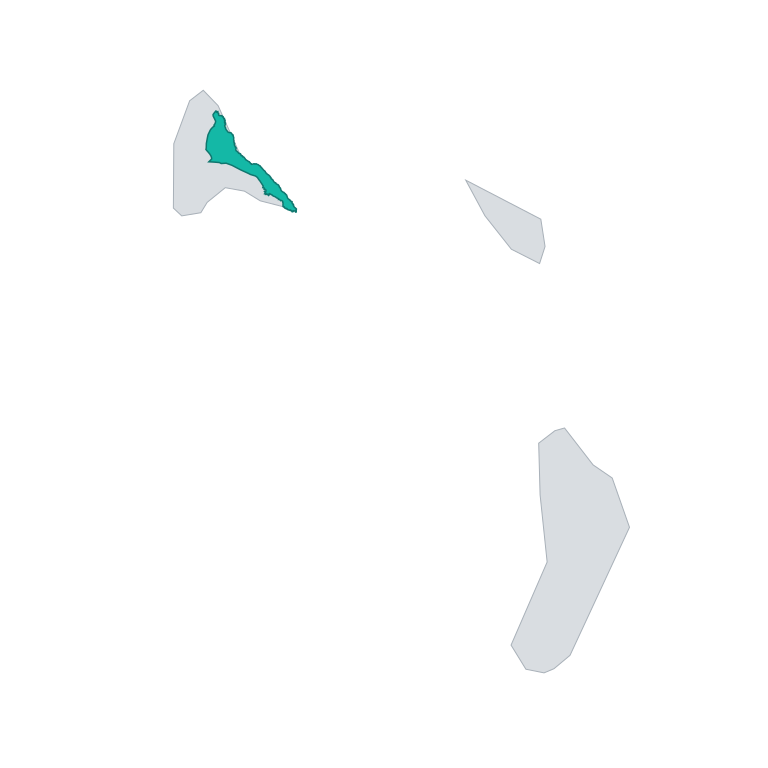 Sima, Andjouân, Comoros (highlighted), rotated 200°
{"feature_id": "10938185B89113061759376", "entity_name": "Sima", "entity_type": "district", "adm_level": 2, "iso_a3": "COM", "parent_name": "Comoros", "parent_adm1": "Andjouân", "projection": "albers", "projection_center": [44.321, -12.244], "detail": "fine", "context": "in_parent", "style": "filled", "palette": "teal", "viewbox_px": 768, "rotation_deg": 200, "n_neighbors": 0, "source": "geoboundaries", "source_scale": "gbopen_adm2", "svg_char_len": 6079}
<svg xmlns="http://www.w3.org/2000/svg" viewBox="0 0 768 768"><g transform="rotate(200 384 384)"><path d="M207.4,398.6L199.3,404.4L159.9,379.5L137.4,373.7L104.3,333.3L116.4,192.7L126.9,174.6L134.8,167.3L153.1,164.5L175.3,182.1L169.8,272.5L199.4,333.2L218.4,381.3L207.4,398.6ZM642.1,477.3L663.7,537.9L663.5,583.7L654.3,598.2L635.1,588.8L599.6,552.3L532.0,516.8L563.0,513.8L581.1,517.5L600.3,514.2L612.3,494.2L614.7,482.3L631.6,472.8L642.1,477.3ZM346.7,576.6L376.9,603.5L293.0,592.5L279.7,568.3L279.0,550.4L310.4,554.2L346.7,576.6Z" fill="#d9dde1" stroke="#a8b0b8" stroke-width="1"/><path d="M631.6,543.6L630.8,543.0L628.4,541.7L626.2,540.4L624.4,538.9L623.6,537.9L622.9,536.5L624.6,532.9L618.9,534.6L614.4,535.8L612.4,535.5L607.9,537.5L601.6,537.5L592.0,536.2L583.3,535.5L581.3,535.2L575.9,535.5L573.6,534.8L571.2,533.0L570.5,532.7L565.2,528.7L565.1,527.2L564.8,527.3L564.6,527.3L564.5,527.1L563.7,527.2L563.6,526.9L563.4,526.9L563.2,526.7L563.2,525.8L562.8,525.7L562.7,526.0L562.5,526.3L562.4,526.3L562.0,526.1L561.6,526.1L561.1,525.5L560.9,525.0L561.0,524.7L560.9,524.5L560.9,524.2L561.0,524.0L561.3,524.0L561.5,524.1L561.8,524.1L562.0,523.9L561.5,523.7L561.3,523.3L561.1,523.3L560.9,523.0L560.8,522.9L561.1,522.1L561.2,521.9L560.8,521.9L560.5,522.3L560.0,522.6L559.8,522.3L559.8,521.9L559.5,522.1L559.4,522.0L559.2,522.0L558.9,522.2L559.0,522.3L558.9,522.4L558.7,522.4L558.2,522.3L558.3,522.1L558.2,522.1L558.2,522.3L557.9,522.4L557.8,522.6L557.5,522.6L557.4,522.5L557.4,522.2L557.2,522.2L557.3,521.9L556.9,521.7L556.7,522.2L556.6,522.7L556.9,523.5L556.7,523.8L556.2,523.8L556.1,523.7L555.6,523.5L555.1,523.5L554.5,523.3L554.2,523.5L552.6,522.8L552.3,522.8L551.0,522.7L550.5,522.8L550.0,522.7L548.7,522.2L547.7,522.2L546.5,522.0L546.3,521.4L545.9,521.7L545.5,521.6L545.2,521.4L544.8,521.4L543.8,521.2L543.7,521.1L543.6,521.3L543.3,521.3L542.8,521.4L541.9,521.1L541.5,520.7L541.4,520.3L541.2,520.0L540.8,519.6L540.7,519.4L540.5,518.6L539.7,516.5L539.5,516.2L539.2,516.2L538.9,516.1L538.6,516.3L538.2,516.3L537.9,515.9L537.9,515.7L537.4,515.4L536.3,515.3L536.1,515.5L535.8,515.5L535.6,515.4L535.5,515.6L535.3,515.6L535.2,515.5L535.2,515.3L534.9,515.4L534.7,515.2L533.9,514.9L533.6,514.9L533.4,514.9L533.3,515.0L532.6,515.1L532.0,515.0L531.8,515.0L531.7,515.3L531.4,515.4L531.3,515.5L530.4,515.2L530.3,514.9L530.1,514.9L529.7,514.8L529.6,515.1L529.2,515.2L529.1,514.5L528.7,514.6L528.3,515.0L528.4,515.3L528.3,515.8L527.8,516.0L527.6,516.0L526.3,516.0L526.2,515.5L525.9,515.3L525.5,515.4L525.3,515.7L525.4,515.9L525.5,516.2L526.2,516.1L526.4,516.4L526.4,516.5L526.2,516.8L525.9,517.2L525.9,517.4L526.0,517.7L526.0,517.9L526.3,518.0L526.3,518.4L526.3,518.6L527.7,519.2L528.0,519.2L529.5,520.0L529.6,520.3L530.1,520.6L530.1,521.1L530.3,521.2L530.3,521.4L530.7,521.9L530.9,521.8L531.2,521.8L531.3,522.0L531.7,522.2L532.0,522.6L532.3,522.6L532.5,523.0L532.8,523.9L533.5,523.8L533.8,524.0L534.2,523.9L534.9,524.3L535.0,524.6L535.7,524.7L535.9,524.9L536.2,524.9L536.3,525.0L536.5,525.0L537.5,525.3L538.0,525.6L538.5,526.1L538.7,526.4L538.7,526.5L539.4,527.2L539.8,527.9L540.2,528.3L540.5,528.3L540.9,528.4L541.0,528.6L541.4,528.7L541.7,528.9L541.8,529.1L542.1,529.2L542.3,529.1L542.9,529.3L543.2,529.6L543.4,529.7L543.5,529.8L543.9,529.8L544.2,529.8L544.5,529.8L545.9,530.2L546.5,530.4L546.9,530.9L547.2,531.0L547.5,531.4L547.8,532.0L548.0,532.1L548.4,532.7L549.2,533.0L549.8,533.4L550.0,533.9L550.5,534.3L550.8,534.4L551.1,534.8L551.9,535.1L552.2,535.1L552.3,535.0L553.9,535.3L554.4,535.9L554.8,536.0L555.2,535.8L555.7,536.1L556.2,536.2L556.5,536.3L557.2,536.8L557.8,537.4L558.3,537.8L558.9,538.1L559.3,538.0L559.7,538.3L560.0,538.3L560.3,538.4L560.9,539.1L560.9,539.4L561.6,539.5L562.0,540.1L564.0,541.0L565.5,541.2L566.3,541.8L566.8,541.8L567.9,542.6L568.3,543.1L569.0,543.4L569.3,543.5L569.5,543.5L571.0,544.2L571.7,544.7L572.1,544.8L572.6,545.1L573.1,545.6L573.5,545.7L573.9,545.7L575.0,546.6L576.0,546.6L576.9,547.0L577.4,547.1L578.7,547.0L579.2,547.2L579.5,547.2L580.0,546.9L580.4,546.4L581.2,546.6L581.5,546.5L582.1,546.1L582.5,545.7L583.5,545.1L583.9,545.2L584.1,545.6L584.9,545.6L585.4,546.1L585.6,546.2L585.7,546.3L586.0,546.3L586.3,546.4L586.6,546.8L587.5,546.8L588.8,547.1L590.0,547.4L590.5,547.4L592.3,548.7L592.8,549.0L593.4,549.3L593.6,549.3L594.1,549.1L594.3,549.1L594.7,549.7L595.1,549.9L595.5,549.9L596.1,549.7L596.4,549.9L597.2,550.7L597.6,551.2L599.3,551.1L600.5,551.8L601.8,552.4L602.4,552.5L602.8,552.7L603.2,553.1L603.7,554.1L603.6,554.3L603.6,555.2L603.8,555.4L604.0,555.5L604.4,555.6L604.8,555.8L604.9,556.1L605.9,556.9L606.2,557.4L606.6,558.0L606.8,558.6L606.7,558.9L606.7,559.1L606.9,559.2L607.2,559.3L608.0,560.2L608.3,561.5L608.9,562.2L609.2,563.3L609.5,564.2L609.9,564.7L610.6,565.5L610.7,565.9L610.9,566.3L611.3,566.5L611.6,566.3L612.4,567.0L612.7,567.1L613.0,567.3L613.8,567.8L614.0,567.8L614.4,567.6L614.8,567.5L615.9,567.3L616.6,567.3L619.6,569.2L620.2,569.8L620.3,570.1L620.3,570.3L620.5,570.4L621.0,571.0L621.4,571.3L621.8,571.8L622.1,572.4L622.1,572.7L621.8,573.1L621.8,573.3L622.0,573.8L622.4,574.4L622.3,574.7L622.5,574.7L623.0,574.8L623.1,575.0L623.3,575.2L623.4,575.5L623.3,575.8L623.4,576.1L623.2,576.1L623.5,576.5L623.4,577.1L623.6,577.2L623.9,577.1L623.9,577.3L624.0,577.6L623.9,577.8L624.3,578.0L624.6,578.1L624.7,578.4L624.9,578.3L625.1,578.4L625.2,578.5L625.0,579.0L625.4,579.0L626.0,579.3L626.4,579.6L626.5,579.9L626.6,580.1L626.8,580.0L626.8,579.9L627.1,579.9L627.2,580.1L627.4,580.2L627.6,580.3L627.7,580.5L627.9,580.6L628.1,580.5L628.4,580.6L628.7,580.4L629.1,580.4L629.5,580.3L630.1,580.0L631.1,579.9L631.3,580.1L631.4,580.5L631.6,580.6L631.7,580.9L631.7,581.1L631.9,581.3L631.9,581.6L632.0,581.8L632.8,582.0L633.0,582.3L634.0,582.1L634.2,582.3L633.9,582.5L633.7,583.0L634.0,582.9L634.5,582.4L634.8,582.5L635.2,583.1L635.3,583.1L636.0,581.4L636.8,578.8L636.2,577.4L633.9,575.2L632.1,573.4L631.9,572.3L631.8,571.0L632.3,569.1L631.9,568.8L631.6,568.4L632.5,567.2L633.0,566.2L633.7,564.6L634.1,563.1L634.6,558.1L634.3,555.8L633.2,549.3L631.9,545.4L631.6,544.2L631.6,543.6Z" fill="#14b8a6" stroke="#0f766e" stroke-width="1.5"/></g></svg>